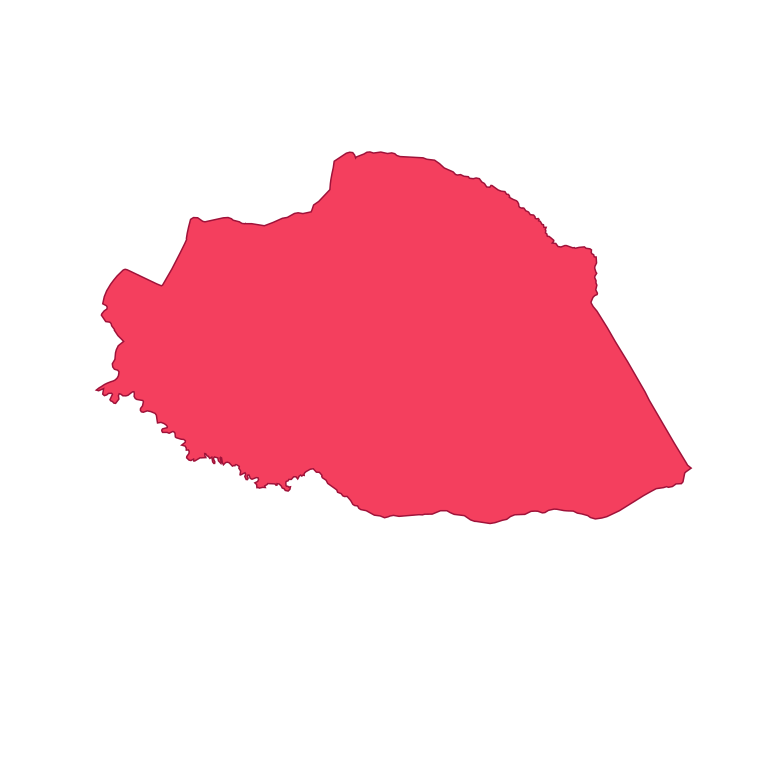 Kungu, Équateur, Democratic Republic of the Congo, rotated 238°
{"feature_id": "63176286B55786633055845", "entity_name": "Kungu", "entity_type": "district", "adm_level": 2, "iso_a3": "COD", "parent_name": "Democratic Republic of the Congo", "parent_adm1": "Équateur", "projection": "orthographic", "projection_center": [18.779, 2.549], "detail": "fine", "context": "isolated", "style": "filled", "palette": "rose", "viewbox_px": 768, "rotation_deg": 238, "n_neighbors": 0, "source": "geoboundaries", "source_scale": "gbopen_adm2", "svg_char_len": 6111}
<svg xmlns="http://www.w3.org/2000/svg" viewBox="0 0 768 768"><g transform="rotate(238 384 384)"><path d="M547.0,545.5L551.9,539.4L555.1,537.0L566.0,521.5L568.4,518.1L571.1,515.9L573.6,515.2L575.9,513.0L577.6,509.1L582.4,504.2L585.4,497.5L588.2,495.1L589.6,492.3L589.7,488.8L591.2,480.8L590.7,479.7L593.7,480.4L596.8,480.1L598.7,477.8L599.7,474.4L599.3,459.8L594.2,455.5L590.1,451.5L585.5,447.3L582.6,444.9L577.5,441.1L573.4,425.4L573.1,419.2L572.4,418.3L569.9,415.3L568.6,413.4L571.5,405.5L574.7,401.9L576.1,398.4L576.5,390.3L578.4,385.6L579.8,375.5L581.6,366.4L590.0,356.8L593.1,351.9L593.7,351.5L593.6,350.9L595.5,348.6L598.2,347.3L602.8,342.9L605.0,342.2L607.8,340.0L610.1,335.7L616.4,318.1L618.0,316.5L623.7,314.1L626.1,310.6L626.1,307.2L620.7,301.5L616.1,297.0L612.2,293.6L611.1,293.1L608.7,289.5L603.2,280.6L593.9,265.0L585.3,248.8L585.2,248.2L585.3,247.2L589.5,244.2L615.0,228.0L617.1,226.6L618.4,225.3L618.7,224.3L618.8,222.9L617.1,215.1L615.4,210.0L613.5,205.1L610.0,198.2L606.3,193.1L601.1,188.0L597.4,190.1L595.9,190.0L594.4,188.7L594.3,185.5L593.1,182.0L592.2,180.8L584.4,181.1L582.2,183.7L581.6,184.3L579.8,184.6L577.7,183.9L573.1,184.3L572.5,183.8L566.0,184.0L558.1,185.8L557.3,179.0L555.0,175.3L552.8,172.9L547.5,168.9L545.1,164.3L542.2,163.0L539.4,163.2L536.8,165.5L534.8,165.7L533.5,164.7L531.7,163.1L530.5,161.0L529.9,158.4L530.0,156.2L530.7,153.4L531.4,149.7L531.7,146.7L531.6,142.5L531.7,140.5L531.3,136.8L529.5,138.4L528.7,143.8L524.5,140.1L522.3,140.7L521.7,143.1L522.0,145.4L520.5,148.1L519.2,148.3L515.9,143.3L514.6,143.3L513.0,144.4L510.9,144.8L509.8,146.1L511.7,151.2L514.9,152.6L515.6,153.7L516.1,154.3L514.7,155.5L512.4,156.3L510.7,158.9L510.1,160.9L510.5,165.1L510.6,166.8L510.0,167.8L508.2,167.2L505.9,165.5L503.5,165.4L502.0,166.1L497.8,170.7L496.5,170.6L493.4,167.6L492.3,164.6L490.9,163.5L489.0,163.5L487.6,164.9L486.7,169.0L484.2,171.6L480.4,174.3L478.1,174.4L474.5,172.8L471.0,171.3L469.6,174.6L466.9,176.6L464.4,177.6L462.6,177.7L461.9,177.1L462.1,176.2L462.6,174.7L463.3,172.5L463.2,172.2L462.9,171.4L462.1,170.7L460.3,170.6L457.9,174.4L456.1,175.7L455.7,179.6L455.0,180.4L453.0,180.7L449.7,179.0L448.5,179.4L445.0,182.4L444.6,182.8L443.1,184.8L441.2,185.5L439.9,184.5L439.4,180.0L436.8,182.4L434.6,182.4L432.7,181.3L431.7,183.2L429.9,183.0L428.4,181.7L427.1,178.4L426.0,177.5L422.8,178.3L421.4,179.7L421.2,182.7L419.5,181.9L419.0,182.7L418.9,187.1L418.9,188.8L418.2,189.9L416.0,193.9L417.9,194.0L420.0,195.1L419.4,195.8L416.6,195.9L416.1,196.6L413.2,196.9L413.2,199.2L408.7,197.4L406.8,197.6L406.4,198.3L407.6,199.3L410.4,199.6L411.5,200.2L412.0,201.5L411.7,201.8L409.5,203.9L408.0,203.4L406.6,202.9L403.0,203.6L404.2,204.7L408.0,205.7L408.5,206.5L407.5,207.1L402.5,205.1L401.2,205.1L400.6,205.0L401.3,208.1L400.6,209.8L399.2,211.0L394.7,211.9L394.6,212.5L394.4,213.7L393.7,214.2L394.0,214.8L394.2,215.5L393.6,216.3L390.8,217.6L389.5,216.3L386.1,216.3L383.8,214.2L383.3,213.8L382.9,214.1L382.4,219.1L381.0,219.0L379.3,216.9L376.0,216.5L375.3,217.6L376.2,218.9L376.6,218.9L378.4,219.2L378.9,220.4L378.3,221.3L374.9,220.6L373.2,221.6L372.6,224.6L372.4,226.0L371.2,227.5L369.5,227.0L368.3,225.2L368.6,222.1L366.3,222.7L363.4,221.3L362.8,222.5L361.8,223.1L360.6,226.4L359.1,228.5L360.8,228.8L360.7,231.6L361.2,232.6L357.9,237.4L357.0,238.6L355.3,238.8L355.2,239.2L355.0,239.8L356.2,240.5L354.8,242.1L352.1,242.8L349.7,242.6L348.2,243.8L346.9,243.8L346.0,243.9L344.0,246.0L344.5,248.3L346.4,250.2L347.0,248.6L348.3,248.2L348.8,247.3L349.6,247.0L352.3,248.4L353.0,249.2L353.2,249.6L352.7,251.3L353.5,252.7L353.4,252.8L352.2,254.9L353.2,258.2L352.0,260.2L349.2,260.5L349.9,261.8L350.8,263.2L350.9,265.1L349.5,265.5L349.7,266.9L348.8,267.9L349.9,268.4L350.7,269.7L351.0,271.4L350.8,276.3L349.6,279.1L345.1,279.9L343.3,282.4L339.5,283.0L338.5,282.2L337.1,282.1L333.1,283.9L329.5,283.6L322.0,286.7L319.2,287.8L316.8,287.3L313.7,289.6L311.0,289.8L309.5,290.9L308.2,293.2L303.3,293.9L303.1,294.0L298.4,293.8L296.5,294.7L294.6,297.0L291.9,296.8L289.9,297.7L286.0,301.8L277.9,306.3L274.1,310.9L270.3,313.6L269.2,317.0L268.8,319.3L267.6,322.4L263.8,326.6L254.6,344.5L252.7,347.2L252.0,349.5L248.1,356.0L246.6,364.8L243.2,370.2L239.7,372.1L236.3,374.4L229.8,382.4L222.9,385.4L219.5,388.1L218.7,389.3L209.5,400.0L207.6,404.6L205.7,412.2L204.2,416.4L204.6,421.0L203.8,425.6L198.8,434.4L198.1,441.2L196.2,444.7L194.6,447.0L190.8,450.0L189.7,452.3L189.7,456.5L187.8,461.9L186.2,464.2L181.3,469.5L179.3,472.2L175.9,477.2L172.1,479.5L169.0,482.9L164.4,487.1L161.4,488.3L157.6,491.7L154.9,497.8L153.4,502.8L151.8,516.5L151.8,545.2L151.4,553.6L151.0,559.4L148.0,566.2L147.2,569.3L145.7,570.4L144.2,574.3L144.5,578.8L141.9,583.4L142.6,585.7L149.1,591.8L149.5,593.4L149.9,599.9L153.7,598.6L154.3,598.4L156.3,598.5L180.1,598.8L229.4,600.3L238.9,601.2L273.3,602.4L297.4,602.6L313.4,603.2L323.9,603.2L332.9,603.2L338.9,602.4L342.7,602.6L343.8,603.0L346.7,607.1L347.3,609.6L346.9,612.1L347.9,613.1L351.7,613.5L355.0,616.9L357.4,617.3L359.3,618.6L362.5,619.0L363.7,620.0L365.2,623.1L366.6,623.0L370.7,624.1L372.1,625.3L372.3,625.7L374.0,628.4L379.3,631.2L379.6,630.7L380.4,629.7L382.6,630.3L384.1,629.4L385.6,629.4L387.8,631.0L389.5,630.3L390.2,629.5L392.0,627.3L394.1,626.6L396.5,621.8L397.8,618.0L398.8,617.7L399.4,616.3L404.8,612.0L405.6,610.7L406.4,606.7L408.4,604.4L412.1,604.2L414.4,601.4L415.1,603.5L415.9,604.1L419.8,602.9L421.8,602.1L422.7,600.8L423.7,601.1L424.9,601.6L426.6,601.0L428.3,602.5L429.5,602.6L430.9,604.5L432.1,602.6L434.6,603.6L435.5,602.6L439.1,602.7L440.5,601.6L441.4,602.7L442.6,602.5L443.2,600.8L444.4,600.1L445.9,600.7L448.0,600.4L450.1,597.8L453.3,597.7L454.1,597.2L455.8,596.0L458.8,595.9L459.8,595.1L459.8,594.3L462.0,592.6L463.3,592.6L465.4,593.6L468.0,593.8L469.4,593.3L472.0,591.4L475.9,589.2L476.6,590.0L478.8,590.0L480.0,588.5L483.1,588.5L485.4,585.6L488.1,583.6L495.0,580.8L495.7,580.0L494.8,577.9L496.7,575.5L500.8,575.4L503.5,574.0L507.6,573.7L509.9,571.3L510.8,568.5L513.2,565.5L515.1,565.4L517.8,561.9L521.0,559.9L522.3,557.0L523.8,555.7L527.1,555.1L535.2,549.6L537.2,549.0L541.3,547.9L547.0,545.5Z" fill="#f43f5e" stroke="#9f1239" stroke-width="1.5"/></g></svg>